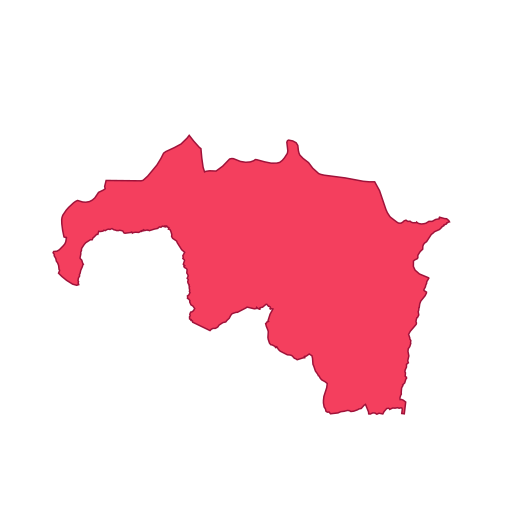 outline of Biblian, Cañar, Ecuador, rotated 21°
{"feature_id": "8360857B93443037342113", "entity_name": "Biblian", "entity_type": "district", "adm_level": 2, "iso_a3": "ECU", "parent_name": "Ecuador", "parent_adm1": "Cañar", "projection": "albers", "projection_center": [-78.972, -2.675], "detail": "fine", "context": "isolated", "style": "filled", "palette": "rose", "viewbox_px": 512, "rotation_deg": 21, "n_neighbors": 0, "source": "geoboundaries", "source_scale": "gbopen_adm2", "svg_char_len": 6098}
<svg xmlns="http://www.w3.org/2000/svg" viewBox="0 0 512 512"><g transform="rotate(21 256 256)"><path d="M425.3,214.8L425.0,214.5L415.0,214.2L409.6,212.2L406.7,209.4L404.8,204.3L405.5,202.9L407.6,200.6L407.7,199.5L406.9,197.6L407.0,196.4L407.7,193.0L409.2,189.9L408.3,187.3L408.2,185.5L408.7,183.6L410.1,181.5L411.9,173.1L413.3,170.8L413.9,169.4L417.9,165.4L418.5,163.8L419.1,163.0L419.1,162.0L420.4,160.6L420.2,159.8L420.8,159.6L421.1,158.8L422.3,157.9L422.3,156.6L422.9,156.4L423.2,155.7L424.4,154.8L423.2,153.8L420.6,152.9L418.6,153.5L413.4,154.0L413.3,154.3L413.8,155.4L413.5,155.8L410.6,157.5L408.1,160.5L405.0,161.7L402.9,164.5L401.3,165.6L399.1,166.8L396.7,167.3L395.3,167.3L393.8,166.8L393.8,167.4L390.6,168.7L389.0,168.8L387.4,168.3L385.3,169.3L383.2,168.8L381.7,170.1L380.8,171.9L379.6,173.4L377.4,174.2L375.4,173.9L368.0,171.7L366.8,171.2L363.1,168.5L360.6,166.0L347.9,150.7L340.2,144.2L335.3,146.1L329.4,147.8L311.4,151.1L290.7,156.1L287.2,156.6L285.0,156.6L277.5,153.7L271.6,150.0L264.9,148.0L260.8,146.1L259.3,144.6L257.9,142.6L255.4,137.8L252.9,135.9L249.1,135.4L244.9,136.1L244.1,137.0L244.0,138.7L248.0,146.4L248.5,148.9L247.4,154.2L246.3,157.3L244.6,160.1L242.0,161.9L236.9,163.9L230.3,165.0L222.3,165.8L220.8,166.2L219.8,167.8L217.0,170.2L212.8,172.2L207.5,173.3L200.1,173.2L198.4,173.7L196.6,174.9L192.7,184.1L188.3,191.0L182.1,193.1L178.9,194.9L177.8,195.9L174.8,192.1L170.3,184.0L166.1,175.5L164.1,174.9L156.7,171.1L150.4,167.3L149.4,170.7L145.9,178.3L140.9,184.1L134.4,190.8L132.9,193.1L132.3,199.0L130.9,206.6L126.3,220.2L123.5,225.8L121.8,227.0L89.0,239.2L89.8,245.4L91.1,247.2L89.9,249.1L86.2,253.0L84.7,259.6L83.2,262.4L81.0,264.9L77.8,266.8L74.8,267.7L69.5,268.1L67.9,269.8L66.6,271.8L63.7,277.7L62.4,281.2L61.0,287.2L61.1,289.6L61.6,291.8L63.2,295.6L66.2,301.2L69.9,307.0L71.5,307.0L71.9,306.6L72.5,306.8L73.3,311.0L73.2,313.1L72.5,315.3L70.2,320.6L68.5,322.8L65.5,324.3L65.4,325.7L67.1,326.8L67.5,328.1L70.0,330.1L71.4,332.3L73.3,333.6L75.1,335.6L77.0,339.2L77.5,339.4L77.9,340.1L77.8,342.8L82.1,344.7L87.8,346.6L94.9,348.0L99.1,347.6L100.7,346.3L100.1,345.9L100.1,345.3L99.6,344.9L99.5,343.5L98.6,342.7L98.1,340.2L98.5,337.9L97.8,336.6L98.0,335.3L97.5,332.1L97.7,328.3L97.5,326.2L97.8,325.6L96.8,324.9L94.8,322.3L92.8,321.4L92.4,320.8L91.7,316.8L91.0,315.3L91.1,313.4L90.6,312.1L90.6,310.8L91.5,306.7L92.3,304.6L95.6,300.1L97.2,299.6L97.4,297.3L98.0,296.4L99.5,292.9L100.6,292.5L100.3,289.3L101.8,289.0L103.7,287.9L104.5,287.2L104.7,286.5L106.2,286.3L107.4,284.7L109.0,283.6L110.1,283.6L111.7,282.0L114.2,282.5L114.9,282.2L116.8,282.2L118.6,281.5L119.5,280.8L122.2,280.4L122.9,280.5L124.3,281.7L125.5,281.7L131.1,278.7L131.1,278.3L132.3,278.3L132.5,278.8L133.1,278.1L134.9,277.0L138.1,276.0L139.1,274.7L140.5,274.0L140.7,273.4L140.3,273.3L140.8,272.9L141.5,273.0L141.4,272.1L141.7,271.7L142.9,272.2L145.2,270.6L145.8,270.8L146.4,270.4L147.3,270.6L151.6,267.2L154.3,265.5L155.4,263.4L157.0,263.2L157.8,261.7L158.7,261.7L159.9,260.8L159.9,261.4L160.9,261.4L161.5,261.0L161.6,260.1L162.0,260.0L162.9,260.7L164.5,260.8L164.6,262.3L166.2,262.1L167.6,263.4L169.7,266.1L170.2,268.0L171.9,269.4L176.5,270.5L177.7,271.8L184.4,276.8L188.1,278.1L187.6,282.0L188.5,283.2L188.6,284.6L190.3,285.1L190.9,285.8L191.1,289.8L192.9,290.6L192.3,291.2L192.6,291.9L193.9,292.5L195.3,292.6L196.5,293.3L197.5,296.7L198.6,297.5L199.9,298.9L199.7,301.5L201.2,302.2L201.5,304.6L202.7,306.1L204.0,306.9L204.1,307.9L204.9,308.4L205.0,309.6L206.3,311.6L206.6,313.1L207.5,313.8L207.2,316.6L206.3,317.8L207.0,319.1L207.2,320.1L208.5,320.3L210.2,321.3L210.6,322.7L212.8,324.9L215.0,325.3L217.6,327.0L217.2,329.5L216.0,331.3L215.1,331.8L215.1,334.2L216.0,335.3L215.7,336.6L216.6,338.6L218.3,338.6L218.6,338.9L218.5,339.5L220.0,339.4L220.6,340.5L239.8,342.1L240.5,340.4L241.8,339.0L243.9,338.2L245.0,337.0L245.8,335.9L246.3,333.7L249.0,330.0L251.4,328.4L252.0,326.4L253.3,323.8L253.7,320.4L254.2,318.8L254.7,318.1L257.5,315.8L258.9,315.2L265.2,308.1L266.0,306.9L273.4,305.9L275.0,305.0L275.0,303.7L277.0,304.5L277.9,303.9L278.3,304.4L278.7,304.3L278.7,303.9L278.3,303.3L278.4,302.8L280.5,301.4L282.6,297.6L283.4,297.2L285.7,298.5L286.3,298.2L287.6,298.5L288.2,299.5L287.9,299.9L288.4,300.4L289.5,299.5L290.8,299.4L290.0,305.2L290.4,312.0L291.1,312.6L289.9,313.6L289.8,314.7L289.2,315.6L290.8,317.9L293.7,321.0L294.6,322.3L296.3,327.7L297.2,329.3L299.8,332.5L301.6,333.5L303.0,333.2L306.2,333.6L307.1,334.5L307.4,334.4L307.4,333.5L307.8,333.2L310.6,335.3L312.8,336.2L320.6,337.0L323.4,336.2L324.7,336.1L325.9,336.4L328.4,337.7L330.1,337.7L331.6,338.1L336.5,334.2L338.0,333.5L337.9,332.9L336.5,332.4L337.3,332.5L338.9,331.3L340.8,328.4L344.0,329.1L345.4,331.2L348.0,336.7L349.3,338.0L352.7,342.1L355.9,344.2L357.1,345.4L357.8,345.4L360.0,347.2L361.8,348.1L365.5,348.6L368.2,349.5L369.2,353.6L369.7,362.7L370.7,366.6L371.6,369.0L373.7,372.5L375.6,373.9L377.0,375.9L378.6,376.2L380.2,375.5L382.1,376.6L388.8,373.1L390.9,371.0L393.9,369.4L396.7,367.4L398.5,366.9L400.3,367.2L402.9,365.8L406.0,363.1L406.8,362.0L408.9,360.6L410.4,356.6L411.4,355.3L416.9,361.2L417.8,363.0L419.3,362.6L421.3,360.6L423.3,360.0L425.5,360.4L427.2,358.7L431.0,358.0L431.3,355.4L432.7,351.5L434.4,350.6L435.1,350.7L435.8,351.3L438.1,348.9L440.4,348.2L442.4,346.9L444.2,346.8L445.8,345.7L446.7,345.7L447.5,346.7L448.5,350.8L451.0,350.2L448.1,338.7L445.0,337.8L443.3,337.8L442.0,338.4L441.2,336.9L441.0,334.2L441.2,332.9L440.5,331.4L439.5,328.0L439.2,326.8L439.6,324.3L439.1,323.8L440.3,321.2L440.0,317.3L440.4,316.2L439.9,315.2L439.0,315.1L438.4,314.8L437.4,311.5L436.5,310.7L436.1,308.8L436.3,305.8L435.3,303.2L436.5,301.1L435.2,299.5L434.5,294.5L432.0,290.5L431.4,288.0L432.0,285.5L431.8,282.1L431.4,281.7L430.8,279.4L429.4,278.4L428.9,277.3L426.5,274.4L427.0,271.0L428.8,266.0L430.0,262.5L430.0,261.7L429.6,260.7L428.9,260.0L428.4,257.8L428.3,255.9L428.8,255.5L429.1,252.7L427.4,249.9L427.3,248.1L426.6,246.1L426.9,245.8L426.0,242.0L426.0,239.0L428.1,232.5L428.4,229.5L428.1,228.6L425.2,228.0L424.8,227.3L425.2,224.2L424.9,222.0L425.1,220.5L424.6,218.8L425.3,214.8Z" fill="#f43f5e" stroke="#9f1239" stroke-width="1.5"/></g></svg>